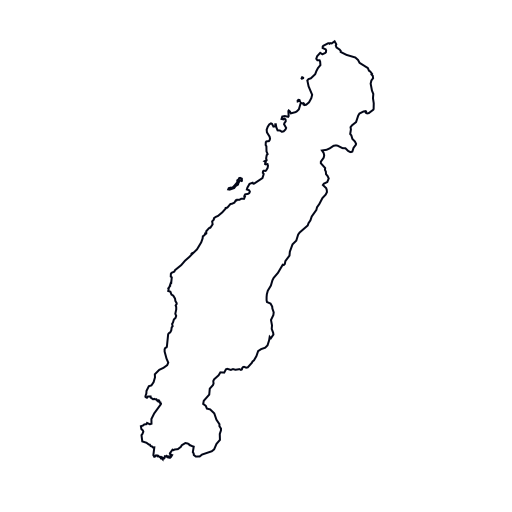 the district of Barru, Sulawesi Selatan, Indonesia, rotated 31°
{"feature_id": "22746128B81694843903641", "entity_name": "Barru", "entity_type": "district", "adm_level": 2, "iso_a3": "IDN", "parent_name": "Indonesia", "parent_adm1": "Sulawesi Selatan", "projection": "natural_earth1", "projection_center": [119.645, -4.434], "detail": "fine", "context": "isolated", "style": "outline", "palette": "ink", "viewbox_px": 512, "rotation_deg": 31, "n_neighbors": 0, "source": "geoboundaries", "source_scale": "gbopen_adm2", "svg_char_len": 6091}
<svg xmlns="http://www.w3.org/2000/svg" viewBox="0 0 512 512"><g transform="rotate(31 256 256)"><path d="M212.8,31.5L211.4,34.8L210.2,35.2L209.7,36.2L209.0,36.0L208.2,36.6L205.4,41.2L205.3,42.1L206.0,43.4L209.3,43.0L210.2,43.6L211.0,45.4L210.7,46.4L209.0,48.9L206.4,48.8L205.5,53.3L206.1,55.9L207.8,56.6L209.7,55.5L210.9,56.4L212.9,59.2L212.3,62.9L212.5,66.3L213.1,69.7L211.5,75.5L209.9,77.3L209.6,79.1L213.7,83.5L221.1,88.9L222.1,92.2L222.3,97.0L221.1,100.5L219.8,101.7L219.0,101.7L219.0,100.9L218.0,100.5L217.2,101.3L215.5,101.6L217.2,108.2L216.5,111.0L215.8,112.3L212.4,115.8L210.7,114.7L209.1,114.4L209.1,115.1L211.9,119.2L211.9,120.1L208.6,121.2L206.7,122.9L207.3,125.4L209.1,124.8L209.1,124.1L209.7,123.5L211.0,123.8L211.7,124.6L212.1,125.3L211.9,127.5L212.2,128.6L215.9,130.7L216.1,132.4L215.5,134.9L214.2,136.2L211.9,136.1L209.8,137.2L207.1,135.2L205.1,132.9L204.7,133.2L205.9,134.8L204.3,136.1L201.7,134.5L200.5,134.6L199.6,136.4L199.5,139.2L200.1,142.3L201.7,144.4L206.2,146.7L207.6,148.2L208.0,149.6L207.9,150.9L205.9,152.4L205.8,153.4L207.1,155.9L208.4,156.6L211.1,160.9L213.5,162.7L213.2,164.0L214.4,167.1L215.7,168.3L214.5,170.4L216.0,170.4L215.9,171.2L216.4,172.5L217.1,172.5L218.5,171.3L219.8,172.5L220.6,174.6L220.6,177.6L220.2,178.3L218.8,178.8L218.4,179.7L219.0,181.2L220.2,181.6L220.5,182.2L221.4,185.9L217.1,194.9L216.5,195.4L215.4,194.9L213.3,197.5L213.4,201.8L213.9,203.7L216.1,203.2L217.5,203.9L217.7,204.5L217.8,205.6L217.1,206.9L215.0,208.7L215.0,210.1L215.3,210.9L215.9,210.8L216.3,213.1L213.9,214.5L212.8,216.4L210.7,217.6L210.7,218.5L210.0,218.7L210.0,221.4L208.5,223.6L207.3,224.6L206.5,229.3L205.3,230.4L205.6,230.8L204.6,236.0L202.8,241.2L201.3,243.3L200.5,245.3L201.1,246.5L200.6,248.9L202.5,251.2L202.3,255.3L201.7,255.6L201.3,256.7L200.6,260.4L201.8,262.3L201.4,263.2L200.9,263.1L201.1,264.7L200.3,266.5L201.2,268.5L202.0,272.5L202.0,280.7L200.5,286.4L199.9,286.3L199.6,287.1L200.2,287.4L199.4,290.9L197.6,296.5L196.6,302.3L193.9,309.7L194.0,311.5L192.3,313.9L192.2,315.1L193.5,317.5L194.8,317.7L197.2,322.8L196.8,322.9L197.5,326.1L197.8,326.1L197.5,328.7L197.9,328.7L198.8,331.2L201.0,330.7L203.4,332.6L205.5,332.6L208.5,334.2L210.1,336.1L212.3,337.3L212.7,338.1L212.6,339.8L213.8,340.7L215.1,342.8L216.6,347.1L218.4,348.4L218.9,350.5L218.3,352.7L219.1,355.8L219.1,357.5L220.7,359.1L220.5,360.6L221.7,363.5L221.8,365.7L221.1,367.0L221.0,368.3L226.2,379.4L226.4,380.3L225.6,381.5L225.7,383.0L226.9,385.0L232.1,390.0L235.7,392.6L236.1,395.3L234.3,399.5L231.7,403.4L230.2,409.5L231.9,412.0L233.2,416.9L233.0,420.8L231.2,422.8L231.6,428.0L232.8,430.3L233.5,433.3L234.0,433.8L235.5,433.7L235.6,432.2L238.0,430.7L238.7,431.6L241.6,431.8L242.5,430.8L243.5,430.8L244.4,430.1L245.6,430.8L246.8,429.8L247.3,429.8L247.3,431.0L249.3,430.7L249.6,431.4L250.5,431.4L250.8,432.1L249.8,443.3L250.3,449.6L252.8,453.6L251.7,454.9L248.6,455.2L248.7,456.6L247.0,457.9L246.4,459.6L245.0,461.2L246.9,463.4L248.9,463.8L249.9,464.6L250.3,467.1L250.1,468.5L254.0,473.5L258.3,472.5L261.3,472.8L262.2,472.4L263.6,473.2L265.1,472.8L266.2,473.2L267.4,472.4L270.6,479.6L272.2,480.5L272.8,479.8L272.7,478.7L273.8,477.9L274.7,478.4L275.2,477.6L276.7,478.0L278.0,477.1L278.8,477.3L278.2,478.0L278.6,478.4L279.0,478.0L280.7,478.4L280.0,477.0L281.4,477.0L281.6,476.1L281.0,474.6L282.1,474.1L282.2,473.4L283.8,473.3L283.2,474.0L283.9,474.1L284.7,473.8L284.7,473.2L285.4,473.6L286.2,473.3L286.5,472.4L285.5,471.2L286.6,471.1L286.6,469.9L285.3,470.2L285.1,469.2L284.8,470.4L283.8,469.5L284.2,465.0L285.3,464.9L285.9,463.8L288.5,461.8L289.9,458.2L289.8,456.5L291.8,452.7L294.1,451.9L295.7,451.9L296.5,452.4L297.4,451.9L298.1,452.1L300.8,451.5L302.9,456.7L304.2,457.3L305.2,458.6L307.7,458.9L311.0,456.8L312.0,454.0L318.7,446.1L319.7,443.3L318.9,437.4L319.8,432.2L316.6,427.2L315.8,423.6L314.9,422.0L312.3,420.7L311.3,419.0L306.4,416.7L301.3,412.4L295.7,411.1L292.5,412.1L290.1,410.3L286.9,410.0L285.8,407.0L287.3,398.9L284.7,393.5L285.6,388.8L285.3,387.2L283.8,385.2L283.6,383.3L285.4,377.5L285.4,374.1L288.8,372.3L288.6,368.6L289.5,367.5L293.1,366.6L294.5,364.8L297.0,364.1L300.1,361.5L301.7,361.4L302.3,360.5L301.9,359.3L302.2,357.7L303.0,357.1L305.1,356.8L306.3,355.7L307.5,349.4L307.3,348.3L308.0,346.5L307.9,341.5L306.8,336.4L308.4,333.1L311.1,329.9L311.9,326.7L310.7,321.6L309.4,318.3L311.1,318.9L311.4,314.4L310.3,313.0L307.0,310.4L305.5,307.3L301.8,303.1L301.3,297.7L300.2,295.2L297.1,292.6L295.9,291.0L293.0,289.3L289.1,289.8L287.8,288.4L286.2,285.7L285.0,283.2L284.0,279.7L284.0,273.7L282.6,268.4L282.4,265.7L283.5,259.1L283.4,249.7L284.4,249.5L284.8,248.0L283.8,245.2L284.5,238.4L282.8,234.9L281.3,227.2L282.6,222.1L281.1,215.9L281.3,213.4L284.6,203.2L284.1,200.8L284.3,197.5L283.4,193.4L284.0,185.4L283.2,182.8L283.5,178.9L283.1,172.1L284.1,167.5L283.9,164.7L282.6,162.9L281.2,161.7L276.8,160.7L276.9,159.1L279.0,155.9L278.4,152.1L276.2,150.6L273.9,149.8L272.4,147.7L270.7,146.6L270.0,145.0L263.8,143.1L263.0,141.7L263.4,136.9L262.6,134.6L261.0,132.9L258.2,131.6L261.8,128.6L263.8,125.7L265.7,121.6L267.6,120.0L269.2,119.4L274.6,119.0L277.2,117.6L280.8,118.5L282.9,118.4L283.8,118.1L284.8,116.9L283.9,113.0L284.3,109.2L284.0,108.3L281.8,106.9L278.3,106.0L275.6,103.5L273.9,102.9L272.2,98.7L270.7,96.9L271.0,94.5L272.8,89.7L271.3,83.0L271.3,80.6L273.7,76.8L275.4,75.3L275.9,75.4L276.1,76.5L276.8,76.7L277.9,76.5L279.1,75.4L281.2,70.2L281.1,69.4L278.3,64.5L275.0,60.5L273.1,56.7L270.2,54.5L265.5,49.2L264.5,46.1L264.8,43.3L263.3,41.4L261.5,40.9L261.6,40.1L258.8,39.0L257.4,39.0L255.1,37.3L245.3,37.1L242.5,35.4L238.9,34.7L230.0,37.0L223.5,37.5L223.0,36.6L221.4,36.0L217.6,35.8L216.0,34.5L215.8,33.2L212.8,31.5ZM205.2,198.8L204.0,197.0L202.2,197.2L201.5,197.8L201.6,199.4L201.0,200.8L202.0,202.4L201.3,206.7L200.8,208.9L199.9,210.2L199.1,210.4L197.7,211.9L197.9,213.2L199.2,212.7L202.3,209.0L202.5,206.6L203.8,204.0L203.4,203.0L203.2,199.6L204.0,198.9L204.9,199.2L205.2,198.8ZM212.1,102.0L212.5,101.4L213.9,100.7L212.9,99.9L211.9,100.3L211.7,101.5L212.1,102.0ZM204.0,80.4L204.8,79.3L204.6,78.9L203.5,79.0L203.6,80.3L204.0,80.4Z" fill="none" stroke="#020617" stroke-width="2"/></g></svg>